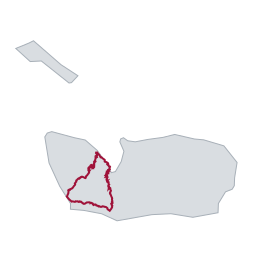 location of Bethlehem, West Bank, Palestine, rotated 86°
{"feature_id": "87354302B24436251599031", "entity_name": "Bethlehem", "entity_type": "district", "adm_level": 2, "iso_a3": "PSE", "parent_name": "Palestine", "parent_adm1": "West Bank", "projection": "mercator", "projection_center": [35.239, 31.604], "detail": "fine", "context": "in_parent", "style": "outline", "palette": "rose", "viewbox_px": 256, "rotation_deg": 86, "n_neighbors": 0, "source": "geoboundaries", "source_scale": "gbopen_adm2", "svg_char_len": 6083}
<svg xmlns="http://www.w3.org/2000/svg" viewBox="0 0 256 256"><g transform="rotate(86 128 128)"><path d="M218.8,44.1L221.6,69.5L216.5,91.2L216.1,110.2L219.8,145.4L211.7,160.3L207.1,177.9L205.0,191.1L199.3,190.6L181.3,200.2L157.4,209.2L131.1,211.6L127.4,208.9L126.3,204.3L134.0,182.0L137.0,171.5L148.4,160.1L164.6,150.3L171.4,147.8L170.6,143.6L161.0,137.1L150.9,133.7L141.3,137.1L138.4,136.1L137.4,133.2L140.7,129.2L142.3,121.7L140.8,109.1L139.8,93.7L137.7,81.9L143.6,62.5L145.1,53.3L152.5,33.6L170.0,21.6L185.0,25.1L193.0,26.0L196.3,28.3L198.5,35.2L209.6,43.1L218.8,44.1ZM72.4,174.3L78.8,181.2L79.0,183.7L55.1,209.8L54.9,220.9L40.8,234.4L36.4,221.0L34.4,216.2L60.2,190.4L72.4,174.3Z" fill="#d9dde1" stroke="#a8b0b8" stroke-width="1"/><path d="M177.5,153.0L177.2,152.5L176.5,152.6L175.9,151.9L175.7,151.9L175.6,152.1L175.4,152.0L175.2,152.0L175.1,152.3L174.9,152.2L174.7,152.2L174.8,152.5L174.5,152.4L174.3,152.6L174.4,152.8L174.2,152.8L174.7,153.0L174.9,153.2L174.6,153.0L174.7,153.3L174.4,153.1L174.4,153.3L174.3,153.1L174.1,153.3L173.8,153.2L173.9,153.7L173.8,153.8L173.7,153.6L173.0,153.3L172.4,152.9L172.4,152.4L172.2,152.4L172.0,152.0L171.7,152.1L171.3,152.0L171.2,152.5L171.0,152.4L170.8,152.5L170.5,152.4L170.3,152.1L169.9,152.1L169.9,151.9L169.7,151.9L170.8,151.4L171.3,150.7L170.0,150.5L169.8,150.6L169.6,151.1L169.4,151.0L169.4,150.6L169.2,150.8L169.3,151.0L169.0,151.0L168.9,151.1L168.6,151.0L168.6,150.6L168.3,150.5L168.1,150.2L167.8,149.7L167.7,149.3L167.9,149.2L168.1,149.2L167.9,149.0L167.5,149.2L166.6,149.2L166.0,149.1L165.5,148.6L165.2,148.7L164.6,149.8L164.0,150.1L163.3,150.8L163.1,150.5L162.9,150.7L163.0,150.7L162.9,151.1L162.7,151.2L162.3,150.7L162.1,150.3L161.7,150.4L161.1,151.0L160.2,152.5L160.1,153.3L159.8,153.6L159.4,153.6L158.4,153.4L158.1,153.5L157.3,154.4L156.3,155.7L155.3,156.5L155.2,156.9L155.3,157.4L153.0,158.4L152.0,159.3L150.3,160.5L150.5,160.9L150.3,161.5L150.7,161.7L151.1,161.5L151.2,161.2L151.5,161.0L151.8,160.7L152.1,160.8L152.6,160.5L152.9,160.6L153.0,160.9L153.3,160.9L153.4,161.2L153.2,161.2L153.5,161.7L153.8,161.3L154.3,161.2L154.9,161.0L155.0,161.2L155.0,161.7L155.0,161.8L155.4,162.1L155.3,162.4L155.9,162.3L156.8,162.8L157.6,162.9L158.2,163.3L158.2,163.1L158.8,162.9L158.8,163.1L159.0,163.3L159.0,163.5L159.1,163.8L159.4,163.6L159.6,163.7L159.6,164.0L159.9,164.0L160.0,163.9L160.1,164.0L160.2,163.9L160.5,164.3L161.1,164.2L161.3,164.3L161.6,164.2L162.6,164.3L162.4,164.6L162.6,164.6L162.8,164.3L163.1,164.3L164.6,164.5L164.7,164.8L164.4,164.9L164.5,165.0L164.9,165.5L165.3,165.7L165.7,165.6L165.7,166.3L165.3,166.3L165.0,166.5L164.5,166.5L164.6,167.0L164.4,167.0L164.0,166.8L163.9,166.8L163.6,166.8L163.6,166.5L163.5,166.4L163.4,166.5L163.3,166.8L163.1,166.5L162.6,166.4L162.3,166.7L162.2,167.1L162.4,167.5L162.5,167.7L162.7,167.9L163.0,167.9L163.0,168.1L163.2,168.3L163.6,168.4L163.9,168.6L164.2,168.7L164.1,168.8L164.3,169.1L164.4,169.6L164.8,169.9L164.8,170.0L165.3,170.4L165.8,170.4L165.7,170.1L165.8,169.9L165.6,169.7L166.2,169.7L166.7,169.8L166.5,170.0L167.2,170.2L167.3,169.9L167.5,170.0L167.8,170.3L167.9,170.2L167.9,169.5L168.4,170.0L168.9,169.9L169.1,169.8L169.8,170.2L170.0,170.1L170.3,170.4L170.8,170.7L171.4,171.4L172.2,171.9L172.2,172.0L172.7,172.5L173.3,173.3L174.1,173.4L175.0,173.9L174.9,174.4L173.9,175.9L173.6,176.8L173.3,177.3L173.6,177.9L173.8,178.1L173.7,178.6L173.8,178.7L173.9,178.8L174.0,179.0L174.3,179.2L174.4,179.4L174.7,179.5L174.9,179.9L175.0,179.9L175.2,180.1L175.2,180.4L174.7,180.5L174.9,181.0L175.4,181.7L176.5,182.8L176.7,183.2L177.1,183.1L177.5,183.4L177.9,183.4L178.0,183.6L178.4,183.8L178.5,184.0L179.1,184.4L179.5,184.9L180.1,184.7L180.3,184.6L180.8,184.7L181.3,185.1L182.2,186.1L183.4,187.0L183.9,187.5L184.2,187.7L184.3,188.0L184.4,188.4L184.6,188.5L184.7,188.8L184.9,189.4L184.9,189.7L185.0,190.0L185.3,190.2L185.7,190.3L185.7,190.5L185.4,190.6L185.5,190.8L185.4,191.0L185.5,191.3L185.8,191.8L186.2,191.8L186.4,192.0L187.1,191.7L187.7,191.8L188.6,192.1L189.1,192.1L190.4,192.9L191.7,193.4L192.1,193.8L193.7,192.7L195.4,191.4L196.5,190.2L197.5,189.4L197.3,188.5L198.0,186.1L197.5,185.4L197.7,185.1L197.6,184.5L197.6,183.4L197.8,183.1L198.2,182.7L198.1,182.4L197.9,181.9L198.1,181.8L197.9,181.5L197.9,181.2L198.3,180.8L198.3,180.5L198.4,180.3L198.2,180.1L198.3,179.8L198.8,179.5L199.2,179.0L199.6,178.8L199.9,178.5L199.9,178.1L200.5,177.6L200.6,176.9L200.4,176.4L200.4,176.1L200.2,175.7L199.8,175.1L199.4,174.4L199.4,172.3L199.5,171.4L199.8,171.0L200.3,170.9L200.0,170.4L200.0,170.1L200.2,169.5L200.6,169.2L200.7,168.6L201.1,168.3L201.4,168.2L201.8,168.3L202.1,167.8L202.4,167.7L202.2,167.1L202.0,166.8L202.1,166.4L202.0,165.8L202.1,165.6L202.4,165.5L202.6,165.2L203.0,165.1L203.1,164.9L203.1,164.4L203.3,164.0L203.5,163.9L203.5,163.6L203.7,163.3L203.7,163.1L204.1,162.9L204.0,162.7L204.0,162.3L204.0,162.1L204.3,161.9L204.4,161.4L204.7,161.1L204.8,160.1L204.7,159.5L204.4,159.2L204.3,158.6L204.5,158.2L204.8,157.1L205.0,156.9L205.0,156.7L205.1,156.2L205.3,155.5L206.4,154.2L207.7,154.0L208.1,153.4L209.3,152.0L207.1,150.1L206.6,149.9L206.3,149.6L205.9,149.4L205.6,149.5L205.2,149.3L204.4,149.1L204.2,149.4L203.4,149.4L203.2,149.6L203.2,149.8L202.5,150.0L202.4,149.8L202.4,149.5L202.2,149.3L201.9,149.6L201.7,149.4L201.9,149.1L201.8,148.9L201.5,149.1L201.1,148.7L200.8,148.8L200.8,149.1L200.5,149.1L200.4,149.2L200.1,149.1L199.7,148.7L199.3,148.9L198.8,148.9L198.2,149.0L197.4,148.7L197.0,148.9L196.5,148.8L195.4,149.3L193.6,149.8L193.0,150.2L192.7,150.1L192.4,150.4L191.8,150.6L191.5,150.6L190.8,150.3L190.6,150.2L190.4,149.8L190.1,149.7L189.0,149.4L188.1,150.0L187.6,150.1L186.9,149.8L186.7,149.9L186.7,150.1L186.9,150.7L186.9,151.0L186.6,151.0L187.1,151.5L186.7,151.4L186.3,151.4L186.3,151.1L186.3,150.9L186.2,150.6L185.9,150.8L185.0,151.7L184.7,151.6L184.4,151.6L184.2,151.4L184.0,151.5L183.9,151.3L183.0,151.2L182.9,151.0L182.7,151.2L182.1,151.3L181.5,151.1L181.4,151.2L181.2,151.3L180.6,151.3L180.6,151.6L180.6,152.0L180.2,152.4L180.1,152.6L179.8,152.6L179.3,152.2L179.4,152.5L178.8,152.6L178.8,152.8L178.3,153.0L177.5,153.0Z" fill="none" stroke="#9f1239" stroke-width="2"/></g></svg>